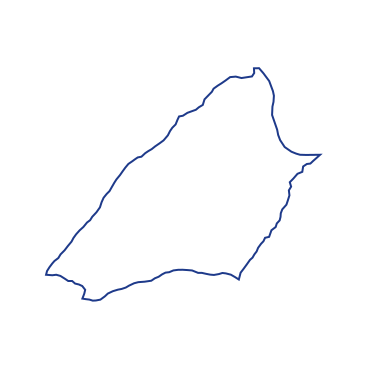 outline of Nantes, São Paulo, Brazil, rotated 202°
{"feature_id": "56859067B3251407102794", "entity_name": "Nantes", "entity_type": "district", "adm_level": 2, "iso_a3": "BRA", "parent_name": "Brazil", "parent_adm1": "São Paulo", "projection": "mercator", "projection_center": [-51.197, -22.601], "detail": "fine", "context": "isolated", "style": "outline", "palette": "blue", "viewbox_px": 384, "rotation_deg": 202, "n_neighbors": 0, "source": "geoboundaries", "source_scale": "gbopen_adm2", "svg_char_len": 2135}
<svg xmlns="http://www.w3.org/2000/svg" viewBox="0 0 384 384"><g transform="rotate(202 192 192)"><path d="M296.3,60.6L290.3,62.5L286.9,64.4L282.6,64.9L277.1,63.9L273.4,63.1L269.8,64.6L266.1,63.3L262.2,63.9L258.5,63.7L254.4,61.3L253.8,57.4L253.7,52.1L250.2,52.9L246.9,53.8L243.3,54.1L240.5,55.4L236.6,57.9L233.7,62.6L232.0,66.3L228.2,70.4L224.1,73.7L221.0,75.7L217.6,78.6L215.3,81.6L211.5,85.7L208.0,88.3L202.3,91.1L196.5,94.5L194.1,98.1L191.2,100.9L188.9,104.4L186.4,107.3L183.1,109.1L179.9,112.3L175.8,114.6L171.8,116.3L167.0,117.9L162.5,119.3L159.4,119.3L156.1,119.3L152.6,120.7L148.3,121.4L144.2,122.2L140.6,123.3L136.3,126.0L133.5,128.3L130.2,129.2L125.0,129.9L120.1,129.2L115.8,128.4L116.7,135.4L115.4,140.1L113.9,146.1L112.8,150.8L111.3,153.8L110.8,157.5L109.8,161.1L109.8,165.0L108.6,169.8L107.3,173.1L107.1,176.9L103.7,179.3L104.0,186.3L101.3,190.9L101.6,194.6L100.1,198.5L100.6,202.1L101.7,205.5L101.8,209.7L99.7,215.6L100.0,220.4L100.4,225.4L102.8,229.8L102.1,234.1L105.0,237.7L103.1,242.3L101.0,248.4L97.3,252.0L98.5,257.3L96.0,261.0L92.9,262.7L91.4,266.0L89.3,270.2L87.2,274.5L100.1,269.1L105.8,267.0L109.8,266.6L114.9,266.6L118.9,267.5L122.9,268.4L129.7,273.1L133.5,277.2L136.4,281.7L146.6,293.4L149.4,301.3L150.2,306.1L152.1,311.9L154.7,315.8L162.0,323.8L170.2,328.8L176.2,331.9L180.9,329.9L178.9,325.6L179.7,321.6L184.6,318.7L188.8,316.2L194.6,315.4L199.7,312.8L202.7,307.9L205.4,303.8L208.0,300.2L210.7,295.9L211.1,292.4L212.9,288.0L215.1,282.6L214.6,276.8L217.4,273.1L219.2,269.7L221.9,267.3L225.9,263.7L229.0,259.3L232.3,257.2L232.5,253.5L232.5,248.5L234.3,244.3L235.2,240.3L235.6,235.5L237.7,229.2L240.1,225.3L243.2,220.6L245.4,216.7L247.8,213.6L249.9,210.5L252.1,205.8L255.3,203.7L257.1,201.0L258.9,198.1L261.5,194.2L263.0,189.5L264.0,185.5L265.1,180.7L266.8,175.3L267.5,171.5L268.3,165.8L268.8,162.0L270.4,158.2L271.8,153.6L272.0,148.7L271.6,143.3L273.0,137.4L275.2,131.7L275.9,127.7L277.9,124.4L279.6,118.9L281.8,114.4L283.6,109.4L284.7,104.9L285.1,100.9L286.9,95.3L288.3,90.2L290.5,85.0L291.2,80.7L293.7,76.5L294.8,73.3L296.0,68.8L296.8,64.4L296.3,60.6Z" fill="none" stroke="#1e3a8a" stroke-width="2"/></g></svg>